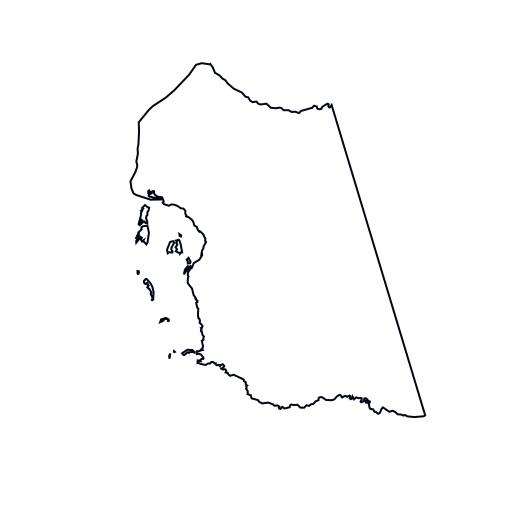 Patagones, Buenos Aires, Argentina (orthographic projection), rotated 164°
{"feature_id": "61730980B24175536898784", "entity_name": "Patagones", "entity_type": "district", "adm_level": 2, "iso_a3": "ARG", "parent_name": "Argentina", "parent_adm1": "Buenos Aires", "projection": "orthographic", "projection_center": [-62.373, -40.182], "detail": "fine", "context": "isolated", "style": "outline", "palette": "ink", "viewbox_px": 512, "rotation_deg": 164, "n_neighbors": 0, "source": "geoboundaries", "source_scale": "gbopen_adm2", "svg_char_len": 6124}
<svg xmlns="http://www.w3.org/2000/svg" viewBox="0 0 512 512"><g transform="rotate(164 256 256)"><path d="M137.3,56.2L141.7,380.3L144.0,378.5L144.7,378.7L145.2,380.0L144.3,381.8L145.4,382.8L151.1,381.1L152.6,379.6L154.1,379.4L156.4,380.7L156.4,382.9L158.8,384.5L161.1,383.0L172.8,383.0L175.2,381.5L178.6,383.9L182.2,384.7L184.5,387.2L189.2,388.5L190.7,391.0L192.2,392.1L196.0,392.5L201.0,394.5L203.9,399.5L209.9,400.4L211.9,401.8L213.0,404.3L217.0,404.9L218.8,407.0L219.8,410.7L222.2,412.0L224.5,417.0L231.1,422.8L235.6,429.6L237.1,433.6L239.1,435.5L241.4,439.8L244.9,443.4L245.6,449.4L247.0,453.2L247.5,452.9L255.0,456.3L261.0,456.3L270.0,448.9L288.9,437.8L299.1,433.1L313.6,428.6L318.7,426.0L330.8,417.6L331.9,416.8L334.2,407.5L338.3,395.6L340.2,391.9L341.4,386.7L345.0,379.8L345.1,376.3L345.8,374.1L348.8,370.0L356.1,362.3L357.1,355.2L356.5,350.0L354.4,347.7L341.8,339.2L330.5,336.2L330.8,338.3L338.6,340.4L340.6,342.0L341.8,342.1L342.6,343.4L341.8,345.1L342.3,346.2L341.7,347.1L341.8,348.1L341.2,347.2L341.3,348.4L340.6,348.5L340.5,347.1L341.1,346.3L340.3,345.4L340.5,344.8L338.6,345.4L338.7,346.5L336.9,346.8L336.2,346.3L336.8,344.3L336.2,342.7L334.2,340.1L330.1,338.3L329.6,334.8L329.8,333.6L330.9,333.1L330.2,331.2L325.8,328.3L323.2,328.9L320.5,327.9L317.8,325.9L315.2,322.7L312.6,321.5L311.4,318.7L312.1,317.2L312.2,314.9L311.7,313.9L312.2,313.3L310.0,311.8L307.6,308.4L306.9,306.3L306.8,302.2L304.9,300.3L304.8,297.4L303.8,295.0L303.2,295.3L301.9,293.5L300.4,290.4L300.7,289.4L299.9,287.1L300.7,284.0L300.2,283.2L303.9,279.5L304.5,277.8L306.4,276.0L308.3,272.1L307.4,272.4L307.7,271.4L311.6,268.0L317.8,266.3L320.4,262.9L321.0,263.1L321.1,262.2L322.6,261.8L325.8,259.0L326.9,256.5L326.5,254.9L327.5,253.6L328.9,249.7L328.9,248.2L326.5,242.4L326.7,235.5L325.9,233.4L325.9,231.3L325.4,231.4L325.4,230.2L324.6,229.1L325.0,227.9L326.3,227.7L326.5,226.6L326.7,222.6L326.0,221.3L328.1,215.2L328.5,211.9L327.9,211.6L327.6,209.5L328.7,207.4L327.2,205.1L327.0,203.7L326.3,204.1L327.6,202.0L328.7,202.0L328.5,201.2L329.2,200.2L328.8,199.8L329.6,198.7L328.9,198.0L329.2,195.1L328.3,192.9L329.2,192.0L329.6,189.9L331.5,189.4L331.8,183.7L333.6,181.0L333.2,180.4L333.9,180.4L333.9,181.6L336.4,180.1L339.2,180.7L340.0,179.6L340.0,178.1L338.7,178.2L336.0,176.5L334.5,172.3L335.2,171.6L336.9,172.0L338.2,171.4L338.1,170.2L340.8,171.7L341.7,169.2L340.7,169.2L339.2,167.6L334.3,165.1L331.8,165.9L329.8,165.3L328.1,166.4L326.7,166.1L325.3,164.2L324.3,163.9L324.7,162.9L323.6,161.7L321.7,161.6L321.0,160.0L320.3,160.9L317.8,161.1L316.8,159.1L317.6,158.2L320.4,157.2L318.9,155.8L317.4,155.9L316.5,155.1L316.3,153.4L317.3,152.4L315.3,151.2L315.1,149.8L314.0,148.0L310.2,148.0L301.9,140.7L302.1,139.0L300.7,137.5L301.1,135.2L300.1,133.9L301.3,133.3L301.4,131.8L302.1,131.2L301.2,128.1L302.2,125.5L299.4,123.6L299.6,121.2L299.2,120.2L293.9,117.0L293.2,115.1L290.7,112.6L284.6,111.7L280.7,108.8L279.5,107.0L276.4,106.4L275.0,104.7L275.9,103.8L275.6,102.7L274.5,102.3L272.3,103.8L270.7,101.6L265.4,101.3L264.2,103.2L263.0,103.5L260.8,102.3L257.2,101.6L255.1,98.0L251.6,96.9L248.6,98.6L246.4,97.3L244.0,98.3L241.5,98.0L239.0,99.8L235.7,100.2L234.9,102.2L233.5,102.7L231.5,102.1L228.3,98.3L222.9,96.5L220.2,96.6L216.8,98.8L213.9,99.5L213.1,98.8L212.2,96.3L209.7,96.9L208.3,96.8L207.2,95.5L204.6,96.1L204.1,95.2L205.1,93.3L204.3,92.3L203.3,92.4L202.0,94.4L201.3,91.2L198.6,92.5L196.6,91.1L193.8,90.3L194.0,88.7L195.6,87.3L195.2,86.4L192.0,86.7L191.3,89.1L189.6,89.0L188.6,87.4L190.8,86.1L190.5,84.6L189.3,84.2L187.9,85.7L186.6,84.7L188.5,82.1L188.6,78.4L188.0,77.4L185.6,76.2L184.9,73.4L183.6,72.9L182.1,70.7L180.3,70.9L177.4,74.5L175.8,75.5L170.7,69.5L167.4,69.6L165.1,67.6L163.5,64.8L160.2,63.6L158.0,61.9L156.7,62.1L154.6,60.1L148.1,57.5L139.0,55.7L137.3,56.2ZM360.3,301.7L358.2,297.4L356.4,299.2L352.5,307.9L352.0,315.2L356.9,315.7L358.3,314.9L358.7,313.1L361.8,311.4L362.8,309.1L363.0,306.9L363.9,304.7L363.0,304.2L361.9,305.0L362.7,306.3L362.5,307.1L361.0,305.3L360.2,305.8L362.1,303.5L361.5,301.3L360.6,300.9L360.5,302.0L359.8,302.2L360.3,301.7ZM356.3,320.8L353.8,320.1L353.1,318.2L351.5,317.5L351.0,319.4L351.3,322.8L350.4,324.5L349.2,325.2L348.1,328.4L346.7,329.4L345.4,331.9L346.9,333.0L348.6,335.6L352.2,333.6L351.4,332.6L353.8,331.3L353.1,330.7L354.7,329.3L354.9,327.7L359.4,320.1L358.5,320.2L356.2,322.6L355.8,322.0L356.3,320.8ZM367.6,254.0L366.7,249.7L367.7,248.6L366.9,244.2L368.2,242.4L367.9,242.1L366.8,242.5L365.4,246.7L364.4,249.6L364.1,254.5L364.9,258.8L367.5,264.1L368.1,264.4L370.5,263.0L371.0,261.2L370.1,259.6L368.1,260.1L368.1,258.1L367.5,258.2L367.4,257.1L369.1,255.9L368.2,254.1L367.6,254.0ZM328.7,279.9L328.6,279.1L327.6,280.1L326.1,279.7L325.2,287.2L325.3,291.8L325.8,292.9L328.8,292.9L328.1,291.4L329.0,290.2L328.5,288.6L330.9,286.6L330.1,284.2L331.8,282.6L328.7,279.9ZM338.6,283.6L335.6,282.4L335.0,283.1L335.6,286.0L334.6,287.7L330.9,291.4L331.7,293.2L334.8,293.1L339.8,286.6L340.1,283.0L338.6,283.6ZM342.8,181.1L342.2,180.3L341.8,180.8L343.2,183.2L347.9,184.8L353.8,182.9L353.0,180.9L352.1,180.6L348.6,182.3L347.4,181.4L347.1,182.0L342.8,181.1ZM359.1,217.4L357.5,217.9L357.5,219.1L359.8,221.4L364.7,221.2L366.4,218.8L363.3,219.2L360.9,220.9L358.3,219.5L358.2,218.3L359.1,217.4ZM321.4,272.8L323.6,271.6L323.1,269.2L323.6,267.6L321.4,267.3L320.5,268.4L321.4,272.8ZM324.3,265.0L328.0,262.6L330.4,258.3L326.2,261.4L325.8,262.5L323.8,264.4L324.3,265.0ZM360.0,318.7L359.2,317.6L358.0,318.8L357.5,318.5L355.8,319.4L359.1,319.9L360.0,318.7ZM364.8,308.1L366.4,306.2L365.8,305.6L364.9,305.7L364.9,306.9L364.3,305.8L363.6,306.4L364.8,308.1ZM374.0,274.3L374.7,271.9L374.2,270.5L374.0,271.8L373.1,272.2L372.9,273.7L374.0,274.3ZM321.0,264.8L322.8,264.0L324.3,261.0L321.5,263.1L321.7,264.1L321.0,264.8ZM322.8,295.5L322.3,296.6L323.6,298.2L323.8,296.4L322.8,295.5ZM366.2,304.0L367.1,303.4L367.4,301.8L365.1,303.5L366.2,304.0ZM323.7,264.1L325.5,262.4L326.1,261.3L324.3,262.4L323.7,264.1ZM363.5,309.3L364.1,308.1L363.5,306.8L363.1,307.1L363.5,309.3ZM365.5,186.0L367.2,183.4L367.5,181.1L365.7,184.9L365.5,186.0ZM361.4,186.5L361.0,186.1L360.4,186.2L361.0,187.2L361.4,186.5Z" fill="none" stroke="#020617" stroke-width="2"/></g></svg>